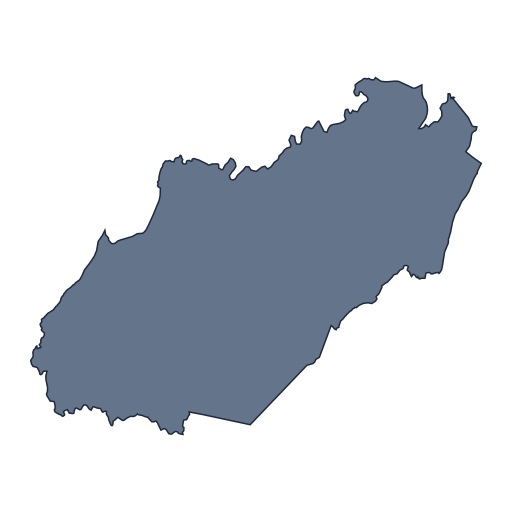 the district of Matuga, Coast, Kenya
{"feature_id": "3690345B44835557589557", "entity_name": "Matuga", "entity_type": "district", "adm_level": 2, "iso_a3": "KEN", "parent_name": "Kenya", "parent_adm1": "Coast", "projection": "natural_earth1", "projection_center": [39.399, -4.239], "detail": "fine", "context": "isolated", "style": "filled", "palette": "slate", "viewbox_px": 512, "rotation_deg": 0, "n_neighbors": 0, "source": "geoboundaries", "source_scale": "gbopen_adm2", "svg_char_len": 5978}
<svg xmlns="http://www.w3.org/2000/svg" viewBox="0 0 512 512"><path d="M33.6,350.1L32.9,352.3L33.2,355.7L32.8,357.2L30.7,360.4L31.5,363.9L33.0,366.4L36.7,367.3L37.5,367.9L39.3,371.5L39.9,374.3L40.8,374.7L42.1,373.8L43.3,371.4L45.2,371.1L47.0,371.3L45.8,376.1L46.0,379.9L47.6,387.7L47.4,391.7L46.5,394.2L46.8,395.5L50.2,401.1L53.9,401.5L54.4,402.5L55.2,406.4L55.1,408.6L54.3,409.7L55.0,411.9L59.2,414.4L60.5,414.6L61.7,415.8L62.9,416.3L64.4,415.3L64.6,414.3L63.6,412.1L64.2,411.0L65.3,410.4L67.4,409.6L69.2,413.1L72.7,413.6L73.8,413.3L74.2,411.0L75.3,408.3L76.4,408.0L79.9,409.8L81.0,409.4L83.5,405.2L85.3,404.9L86.8,405.6L89.4,409.2L91.1,410.2L93.0,406.8L93.7,406.7L97.0,408.0L99.8,408.4L100.7,408.9L102.2,411.8L103.0,412.2L103.7,411.6L105.8,411.1L106.4,411.7L106.4,414.3L108.3,417.1L109.0,420.5L110.7,424.5L111.2,425.4L112.0,425.7L112.7,424.8L113.0,423.6L113.0,421.4L115.5,419.5L117.8,417.2L121.9,420.1L123.0,420.4L124.3,420.1L126.5,418.3L130.5,416.3L133.3,416.5L135.3,415.8L137.5,413.9L138.2,414.7L142.4,415.5L144.4,416.4L147.8,417.3L151.8,421.8L153.9,421.8L156.0,421.1L157.4,422.7L160.9,430.1L164.1,428.6L165.0,428.9L165.8,429.3L166.9,430.7L168.8,433.7L171.1,434.1L172.1,433.8L174.9,431.6L175.9,431.5L177.7,432.0L178.3,433.1L180.4,434.0L183.0,434.4L182.4,432.5L183.8,430.6L183.9,428.5L183.9,427.5L183.0,426.8L182.6,426.0L183.4,421.1L183.9,420.0L185.2,419.7L186.0,419.9L186.9,419.2L188.5,415.7L189.6,414.6L189.1,412.0L202.0,414.4L250.2,424.7L307.0,365.2L312.8,363.6L314.6,362.2L315.8,359.4L319.0,357.6L319.5,356.9L331.1,325.6L332.7,326.8L334.8,329.2L336.1,329.7L336.5,328.3L338.9,327.3L338.8,326.4L340.6,321.1L343.6,318.3L344.5,316.8L346.0,315.5L347.0,314.0L347.7,313.6L349.8,311.4L351.3,310.6L352.7,308.8L353.9,308.4L354.7,307.4L356.5,307.6L359.1,305.3L363.5,303.3L368.1,302.8L371.7,303.5L374.8,301.7L376.7,299.5L376.9,298.7L376.1,296.9L376.9,295.4L377.8,295.0L379.3,293.0L381.9,287.4L381.7,286.0L385.7,283.0L387.2,282.3L391.9,277.4L393.8,274.8L397.1,273.8L399.9,270.2L402.8,268.7L403.3,268.0L403.9,265.9L406.0,265.4L407.9,266.0L408.3,267.0L407.4,268.8L407.3,270.3L409.3,271.9L411.4,276.6L412.1,276.0L413.0,274.2L414.8,275.0L416.4,277.4L417.4,277.7L417.8,276.8L419.1,278.8L419.9,279.0L420.4,278.5L421.3,278.3L425.0,278.2L425.8,273.6L426.4,272.8L429.6,272.5L430.6,273.6L431.9,274.0L436.0,272.7L438.1,272.5L439.0,273.4L440.3,271.9L441.4,270.1L442.3,266.6L444.6,252.0L448.3,243.0L448.5,238.8L449.3,236.8L449.8,234.3L450.3,233.5L452.5,222.3L455.1,214.0L458.2,209.1L461.8,201.3L466.3,195.6L469.1,190.9L473.9,178.6L476.4,174.2L477.3,173.3L477.2,172.4L477.8,170.5L481.3,163.4L472.6,157.2L465.8,151.7L469.5,146.3L471.2,139.1L471.4,135.7L472.2,133.0L473.9,131.5L475.5,130.7L476.3,129.7L476.8,126.8L473.7,126.6L472.2,125.9L468.3,117.7L453.1,98.8L454.3,97.5L453.4,97.1L452.4,97.4L451.1,98.6L450.1,94.2L449.2,93.6L448.1,93.8L447.8,100.1L447.3,101.3L446.1,102.8L444.9,103.4L442.9,103.7L442.2,104.3L440.1,108.2L441.7,111.2L441.9,115.7L440.8,118.0L439.0,120.6L437.9,121.9L434.2,121.8L430.3,124.9L429.7,126.2L428.6,126.8L425.5,124.7L424.6,126.6L422.6,128.0L421.0,128.7L418.8,128.5L425.8,118.1L427.2,113.2L427.5,110.1L427.2,106.1L426.3,102.7L425.3,100.5L423.3,98.0L422.4,95.1L421.9,90.9L421.9,84.9L415.5,88.0L413.3,88.2L398.7,81.4L395.8,81.1L386.2,81.8L381.0,81.3L375.5,77.6L374.1,79.6L373.3,79.9L370.6,79.6L368.8,78.4L367.0,79.0L365.1,78.4L363.3,78.9L361.5,80.5L358.9,81.9L355.2,84.8L355.1,86.0L355.5,87.0L355.3,88.4L354.0,91.3L354.0,92.5L355.4,95.1L356.1,95.8L358.2,95.7L358.9,94.8L359.6,92.0L360.8,91.7L362.4,92.6L363.8,94.5L365.7,95.4L367.9,98.2L367.7,100.5L367.1,101.3L366.5,102.0L364.4,102.4L361.8,104.6L359.9,107.3L358.3,110.7L357.5,111.7L356.4,111.7L355.6,111.3L354.0,111.2L352.7,110.3L351.6,112.3L351.0,113.1L350.1,113.4L348.8,111.9L347.9,109.3L346.9,109.3L345.8,109.8L345.2,110.7L344.4,115.6L345.7,119.5L345.2,120.2L343.2,121.8L339.5,123.4L333.5,124.4L330.8,125.3L330.1,125.9L328.4,128.6L326.9,132.4L324.0,131.5L318.8,121.1L317.8,121.3L312.9,127.9L312.1,128.4L311.0,128.6L308.3,127.3L306.0,127.1L303.8,129.4L302.4,132.5L301.3,136.8L301.7,140.8L300.2,144.1L296.6,144.1L295.3,141.2L294.6,136.4L291.3,135.3L289.0,140.1L290.9,145.0L290.2,147.2L286.8,148.1L284.4,149.9L282.5,152.8L279.2,155.8L278.1,159.6L274.2,162.4L271.2,166.7L267.6,169.0L264.9,166.2L261.8,167.1L256.2,171.4L251.0,170.1L248.8,166.7L245.8,166.7L242.9,170.4L237.3,175.5L235.6,178.7L233.0,180.0L230.4,179.2L229.4,175.7L232.0,171.9L234.0,169.7L235.9,166.4L235.3,162.9L233.3,159.6L230.6,158.2L227.9,162.5L225.2,164.8L222.6,169.8L221.8,169.8L218.8,168.2L218.7,165.1L218.1,164.1L216.9,163.9L212.0,164.0L209.2,165.1L208.2,164.9L207.3,164.2L198.8,160.0L194.0,158.6L192.9,158.7L192.1,159.4L192.1,160.6L191.5,161.2L190.4,161.1L189.4,160.4L187.5,160.6L186.6,161.2L186.1,163.7L184.5,164.1L183.3,163.7L182.4,162.7L182.1,161.3L182.7,159.4L181.5,157.6L181.5,156.5L181.1,155.8L180.3,155.3L179.1,157.3L175.8,158.1L175.0,158.8L173.9,161.9L171.2,161.4L170.4,160.7L169.5,160.5L168.3,161.0L165.4,161.0L163.1,164.0L162.3,167.2L161.2,168.6L160.2,171.5L159.3,175.3L158.9,177.6L158.9,180.1L157.5,182.1L158.1,183.6L157.6,185.5L158.0,186.6L160.4,188.2L160.1,196.0L159.1,200.5L153.5,214.1L148.5,225.2L146.0,230.0L143.4,232.9L142.3,233.3L137.2,233.7L132.6,236.4L120.1,240.1L117.4,241.2L115.3,243.2L112.5,243.7L111.5,243.5L109.1,240.8L108.6,239.8L108.4,237.8L105.7,234.9L104.9,230.3L102.5,235.2L98.2,241.4L96.6,250.7L94.3,256.2L90.1,262.6L84.5,269.9L81.8,276.1L80.0,279.2L79.3,280.1L75.6,282.7L74.4,284.4L72.9,285.1L70.8,287.3L67.1,290.0L63.9,293.8L63.2,295.7L62.4,296.1L61.6,297.3L61.0,298.5L60.6,300.7L58.6,303.7L57.4,304.9L57.1,305.9L56.0,306.3L53.3,309.9L47.9,313.3L44.3,317.1L43.7,318.1L42.2,318.7L41.5,319.5L41.7,321.9L40.1,324.1L40.8,326.7L41.7,327.2L42.1,328.3L41.3,329.5L41.8,330.7L44.3,332.9L44.3,335.3L43.4,336.9L42.8,337.5L41.9,337.7L41.4,338.6L40.7,340.3L41.0,342.2L39.3,344.9L40.8,346.7L40.5,347.7L39.7,347.5L38.1,348.5L37.3,348.6L36.8,346.0L36.1,346.5L35.2,348.5L33.6,350.1Z" fill="#64748b" stroke="#1e293b" stroke-width="1.5"/></svg>